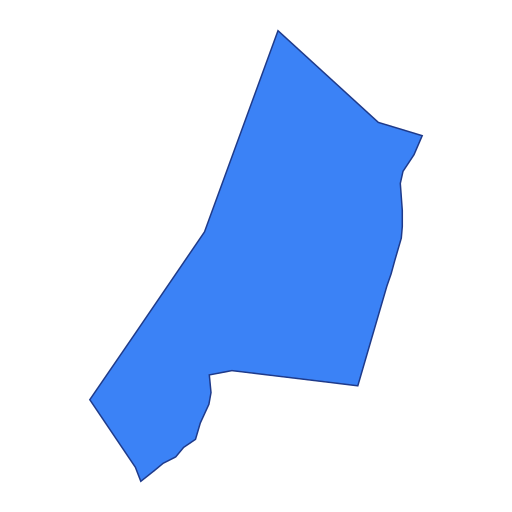 the district of Brejinho, Rio Grande do Norte, Brazil
{"feature_id": "56859067B50769639219683", "entity_name": "Brejinho", "entity_type": "district", "adm_level": 2, "iso_a3": "BRA", "parent_name": "Brazil", "parent_adm1": "Rio Grande do Norte", "projection": "robinson", "projection_center": [-35.382, -6.216], "detail": "fine", "context": "isolated", "style": "filled", "palette": "blue", "viewbox_px": 512, "rotation_deg": 0, "n_neighbors": 0, "source": "geoboundaries", "source_scale": "gbopen_adm2", "svg_char_len": 478}
<svg xmlns="http://www.w3.org/2000/svg" viewBox="0 0 512 512"><path d="M378.3,122.4L278.0,30.7L204.5,231.9L134.3,334.8L89.8,399.7L135.4,467.3L140.8,481.3L155.2,469.9L163.1,463.3L175.7,456.9L183.6,447.4L195.5,439.3L200.3,423.0L208.9,404.3L211.0,392.6L209.3,374.9L231.9,370.6L357.8,385.8L386.9,286.0L391.1,273.9L394.8,260.4L401.3,238.1L402.3,226.5L402.3,210.6L400.3,183.4L403.0,171.3L414.0,154.7L422.2,135.7L378.3,122.4Z" fill="#3b82f6" stroke="#1e3a8a" stroke-width="1.5"/></svg>